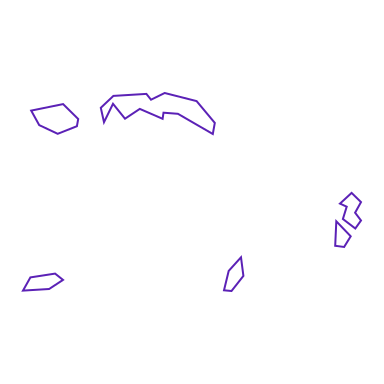 map outline of Maluku (Mercator projection)
{"feature_id": "IDN-554", "entity_name": "Maluku", "entity_type": "Province", "adm_level": 1, "iso_a3": "IDN", "parent_name": "Indonesia", "parent_adm1": "", "projection": "mercator", "projection_center": [130.68, -5.566], "detail": "coarse", "context": "isolated", "style": "outline", "palette": "violet", "viewbox_px": 384, "rotation_deg": 0, "n_neighbors": 0, "source": "natural_earth", "source_scale": "10m", "svg_char_len": 703}
<svg xmlns="http://www.w3.org/2000/svg" viewBox="0 0 384 384"><path d="M214.8,122.9L212.8,134.0L177.9,113.8L163.5,112.7L162.6,118.8L139.8,108.9L125.0,118.7L113.0,103.8L104.0,122.2L100.8,107.8L113.4,95.9L146.4,93.9L151.0,99.7L164.7,93.0L196.6,101.1L214.8,122.9ZM78.2,119.0L76.9,126.2L57.7,133.8L39.2,125.1L31.2,110.6L63.1,104.1L78.2,119.0ZM361.0,220.5L355.3,228.5L342.9,219.0L346.7,206.7L340.0,203.6L351.6,192.9L361.0,202.1L355.1,212.7L361.0,220.5ZM241.0,257.3L243.4,275.9L231.5,291.0L224.0,290.3L228.7,270.9L241.0,257.3ZM63.0,279.9L49.1,289.0L23.0,290.6L30.4,277.4L55.1,273.6L63.0,279.9ZM350.7,236.3L344.1,247.0L335.2,245.8L336.3,221.3L350.7,236.3Z" fill="none" stroke="#5b21b6" stroke-width="2"/></svg>